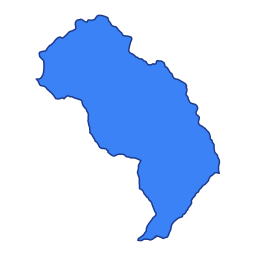 Covarachia, Boyacá, Colombia
{"feature_id": "7082276B26241752835550", "entity_name": "Covarachia", "entity_type": "district", "adm_level": 2, "iso_a3": "COL", "parent_name": "Colombia", "parent_adm1": "Boyacá", "projection": "robinson", "projection_center": [-72.733, 6.511], "detail": "fine", "context": "isolated", "style": "filled", "palette": "blue", "viewbox_px": 256, "rotation_deg": 0, "n_neighbors": 0, "source": "geoboundaries", "source_scale": "gbopen_adm2", "svg_char_len": 5769}
<svg xmlns="http://www.w3.org/2000/svg" viewBox="0 0 256 256"><path d="M130.5,42.3L131.5,39.9L131.7,39.1L131.7,38.4L131.6,37.9L131.3,37.4L130.9,37.0L129.0,36.4L127.5,36.1L124.0,35.8L122.8,35.0L122.2,34.1L121.6,32.8L119.9,31.5L118.0,29.3L117.0,27.8L115.8,26.8L113.0,26.2L112.1,25.7L111.6,25.1L110.9,24.1L110.6,23.4L109.8,22.2L108.9,21.2L108.5,20.1L107.9,18.1L107.6,17.6L107.1,17.3L106.1,17.0L104.5,16.3L102.1,15.6L100.9,15.4L99.3,15.4L98.0,15.5L97.5,15.8L96.6,16.6L95.6,18.0L95.2,18.7L94.9,19.3L93.0,20.0L91.5,20.3L90.8,20.3L89.8,20.0L88.4,20.0L87.8,20.4L87.5,21.7L87.3,22.0L86.9,22.1L85.9,21.9L84.5,21.4L82.9,20.2L80.9,19.3L80.5,19.3L79.9,19.6L79.0,19.8L77.8,20.0L77.0,20.3L76.5,20.7L76.0,21.4L75.4,22.7L75.3,24.1L75.8,27.5L75.8,28.3L75.6,28.8L75.2,29.3L72.5,30.7L69.7,31.6L69.0,32.1L68.4,32.7L67.1,34.2L65.0,36.2L63.0,37.9L62.1,38.0L61.3,37.7L60.8,37.2L59.9,37.1L59.1,37.2L58.2,37.6L57.1,38.4L55.7,39.7L54.9,40.6L53.4,42.7L51.8,44.2L50.7,45.1L49.6,45.5L47.3,48.3L45.9,50.6L45.0,51.1L43.7,51.1L39.8,52.2L39.4,52.7L39.2,53.6L39.7,56.4L40.2,57.2L43.2,60.2L43.7,60.9L43.9,63.0L44.0,66.1L43.9,69.4L43.4,73.1L42.8,74.9L41.5,77.3L40.5,78.3L39.5,78.9L38.7,79.1L37.6,79.0L36.5,79.2L37.4,80.4L38.3,81.2L38.5,82.1L39.1,83.2L39.2,83.7L39.8,84.8L40.8,85.6L42.3,85.8L44.0,86.3L45.1,86.8L46.1,87.7L46.8,88.8L51.3,92.8L51.7,93.2L53.6,95.3L55.8,98.6L57.6,98.9L59.3,98.8L62.6,97.8L62.9,97.9L63.6,98.6L64.0,98.7L64.4,98.6L64.8,97.9L65.7,97.0L67.2,96.0L68.1,95.9L68.5,95.9L69.7,96.6L70.1,96.7L71.2,96.6L72.0,96.8L74.5,97.9L80.6,99.9L81.2,100.3L81.7,100.8L82.0,101.4L82.3,103.4L82.9,105.1L84.2,107.1L85.5,108.5L86.1,108.8L86.9,111.3L87.2,111.8L87.7,112.2L88.1,113.5L88.4,114.9L88.4,115.5L88.1,117.1L88.3,118.8L88.0,120.7L88.1,121.4L88.5,122.9L88.5,123.7L89.3,126.6L89.7,127.4L89.7,128.7L89.7,129.1L89.9,129.7L89.9,132.7L90.2,133.2L90.5,133.5L91.2,133.9L91.7,134.4L93.1,137.0L94.6,139.3L95.2,141.1L95.6,141.5L96.7,142.1L98.5,144.8L99.4,146.9L99.9,147.4L100.6,147.9L102.3,148.5L103.6,148.5L106.2,148.9L107.1,150.3L107.5,150.5L108.0,150.6L108.1,150.8L108.2,151.1L107.9,151.7L108.0,152.2L108.5,152.7L111.0,154.8L112.7,155.7L113.4,155.9L114.3,155.9L115.0,155.8L116.2,155.2L116.8,154.7L118.3,154.3L121.6,154.2L122.3,154.2L124.3,154.7L124.9,155.2L126.0,156.4L126.6,156.7L127.0,156.9L127.7,156.8L128.4,156.9L130.0,157.5L130.6,157.8L131.8,157.9L133.7,157.8L134.8,158.0L136.7,158.6L139.6,159.9L140.8,160.7L138.6,165.2L138.5,166.2L138.4,168.8L137.7,171.3L137.5,172.1L137.5,172.7L137.8,173.8L139.2,177.9L139.3,178.5L139.3,180.4L139.3,184.0L139.5,185.4L139.5,188.6L141.4,189.6L142.6,190.6L143.2,191.3L143.6,192.1L143.7,192.9L144.2,193.7L144.8,194.5L145.5,195.3L146.5,196.7L146.9,197.2L147.4,197.4L147.8,197.5L148.9,199.6L149.6,200.6L150.1,200.9L150.4,201.0L150.6,201.1L151.5,202.6L152.8,206.3L154.8,211.3L155.3,212.2L155.9,212.9L156.1,214.3L155.6,215.5L152.6,218.2L152.1,219.3L149.2,223.1L147.7,225.4L146.9,226.9L146.5,228.2L146.2,231.0L145.1,232.6L144.6,233.2L144.1,234.1L143.1,235.2L141.6,236.5L138.5,238.5L138.2,239.2L137.9,240.2L139.0,240.5L140.5,240.6L141.3,240.6L141.9,240.4L143.0,239.7L144.1,239.2L144.8,239.1L146.0,239.2L147.4,239.2L148.6,239.4L150.4,240.0L152.9,239.0L154.9,237.2L155.6,237.4L156.0,236.0L156.2,235.9L156.9,236.0L158.7,236.4L159.7,236.9L160.6,237.1L161.4,237.4L162.8,238.3L163.2,238.3L163.6,238.3L165.2,237.6L167.4,237.0L168.0,236.0L168.7,234.4L169.8,231.4L170.6,230.0L170.8,229.3L170.8,228.6L171.0,228.0L171.7,224.7L172.0,224.2L173.7,222.0L174.3,221.4L178.1,218.2L179.0,217.8L181.6,217.0L182.1,216.8L182.3,216.6L182.7,215.8L182.7,215.1L183.0,214.6L183.6,214.2L184.3,214.1L185.3,213.1L185.8,212.4L186.1,211.8L186.2,211.0L186.6,210.6L187.5,210.1L187.8,209.4L188.2,207.9L189.1,206.9L189.6,206.5L191.5,203.4L191.6,202.6L191.4,202.0L191.4,201.2L191.4,200.3L191.6,199.9L192.0,199.5L192.1,199.0L192.9,198.0L193.4,197.1L194.4,196.5L194.8,196.0L195.3,195.0L195.3,194.5L195.5,194.0L196.1,193.6L196.4,193.1L198.3,192.0L198.8,191.0L199.1,190.1L199.6,189.4L200.8,188.3L203.2,185.4L204.4,184.7L205.4,184.0L208.1,181.1L208.3,180.8L209.3,178.1L210.4,176.3L211.1,175.9L211.9,175.6L214.2,173.4L214.8,173.0L215.7,172.7L216.2,172.7L217.5,172.8L218.7,173.2L219.2,173.2L218.7,171.0L218.5,169.3L218.6,166.1L218.9,164.7L219.5,162.4L219.4,161.4L219.2,160.0L217.9,157.4L217.3,155.1L216.9,154.5L216.2,153.8L215.5,153.2L214.8,152.4L214.6,151.9L214.4,150.2L214.0,148.4L214.1,145.7L214.0,144.7L213.4,143.4L212.2,142.2L212.1,140.5L211.9,140.1L210.9,139.6L210.6,139.1L210.2,137.8L210.3,136.6L210.1,136.0L209.8,135.3L209.6,134.4L209.0,132.8L208.6,132.1L207.6,131.4L205.2,128.6L201.8,126.1L199.8,125.1L199.3,124.6L199.0,124.1L198.6,123.2L198.4,121.7L198.5,121.2L199.1,119.1L199.3,118.4L199.3,118.1L199.1,116.9L198.3,115.9L196.5,114.6L196.2,114.0L196.1,113.3L196.0,112.7L196.4,111.3L197.2,109.7L197.6,108.6L197.6,107.5L197.0,106.2L196.6,105.5L195.5,104.6L194.6,104.2L192.0,103.5L191.0,103.1L190.1,102.6L189.5,101.8L189.3,101.1L188.5,99.8L188.0,97.6L187.5,96.4L186.4,95.4L186.3,95.2L186.0,93.9L186.0,93.5L186.1,93.1L186.6,92.0L186.8,91.2L186.9,89.4L186.1,86.4L186.5,86.2L186.4,85.3L185.7,84.2L184.9,83.4L181.3,81.3L178.6,79.7L177.9,79.4L175.8,79.0L174.8,78.7L174.0,78.1L173.4,77.5L172.8,76.5L172.1,74.2L171.6,73.6L169.8,72.1L169.2,71.0L168.6,69.9L167.6,68.3L166.9,67.5L165.0,66.2L164.8,65.3L164.6,64.0L164.1,62.9L163.3,62.3L162.0,61.4L161.0,61.0L159.6,61.0L157.8,60.7L157.3,60.7L157.0,60.9L156.6,61.2L156.3,62.2L156.1,63.4L155.6,63.9L155.2,64.1L153.2,63.8L152.6,64.0L151.4,64.7L150.2,64.9L149.1,64.9L147.9,64.4L147.2,63.8L146.4,62.2L145.9,61.6L144.8,61.0L144.0,60.9L143.3,60.3L142.3,59.2L141.8,59.0L139.1,58.7L137.5,57.5L136.1,57.0L135.5,56.5L133.6,54.7L132.7,54.1L130.9,53.4L130.4,53.1L129.3,52.0L129.1,51.6L128.8,50.5L128.8,49.6L129.6,45.6L130.5,42.3Z" fill="#3b82f6" stroke="#1e3a8a" stroke-width="1.5"/></svg>